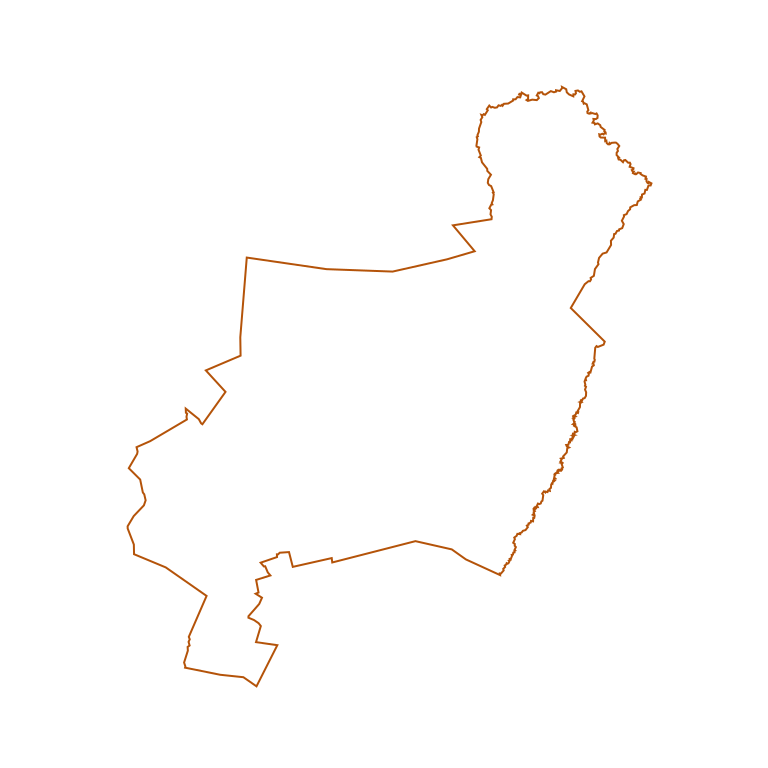 Chilanga, Lusaka, Zambia, rotated 96°
{"feature_id": "96606910B81629947645825", "entity_name": "Chilanga", "entity_type": "district", "adm_level": 2, "iso_a3": "ZMB", "parent_name": "Zambia", "parent_adm1": "Lusaka", "projection": "albers", "projection_center": [27.992, -15.452], "detail": "fine", "context": "isolated", "style": "outline", "palette": "amber", "viewbox_px": 768, "rotation_deg": 96, "n_neighbors": 0, "source": "geoboundaries", "source_scale": "gbopen_adm2", "svg_char_len": 6089}
<svg xmlns="http://www.w3.org/2000/svg" viewBox="0 0 768 768"><g transform="rotate(96 384 384)"><path d="M72.3,218.2L72.9,219.8L71.8,221.8L72.5,224.2L74.8,223.5L76.1,224.3L76.1,225.9L78.1,225.8L76.7,230.2L74.8,232.7L71.8,233.6L70.0,238.0L71.0,237.7L74.2,239.8L73.9,243.6L75.2,243.4L76.1,245.5L75.3,248.7L79.3,253.7L79.1,255.9L77.3,257.3L77.6,259.2L78.6,259.8L78.2,261.0L81.1,262.2L81.6,260.9L83.5,259.9L85.7,261.7L85.7,266.3L87.4,270.5L86.7,271.9L85.5,270.5L81.9,270.8L82.3,272.4L79.8,277.5L80.9,277.6L81.2,279.6L82.0,279.9L82.3,278.0L84.7,278.5L84.7,281.3L87.1,282.9L87.4,285.3L88.6,285.2L92.1,289.8L92.8,294.0L94.8,295.1L94.0,295.8L95.2,297.0L94.9,299.2L97.1,300.5L97.7,302.6L97.1,305.2L97.8,306.4L96.1,308.4L99.9,310.5L100.9,309.4L105.8,311.8L105.2,313.0L106.5,314.1L106.2,315.3L108.4,314.1L111.3,315.5L113.3,314.6L120.1,316.2L123.2,316.0L126.8,317.1L127.9,316.5L128.8,317.6L130.8,316.7L137.3,317.0L138.2,316.7L138.8,314.1L141.1,314.5L146.7,311.6L148.4,312.9L149.0,311.3L153.3,309.7L159.2,303.9L161.3,303.5L164.7,299.5L169.4,301.7L173.1,301.8L175.1,300.4L176.0,298.1L181.9,295.0L182.3,295.7L183.8,294.7L189.9,294.9L192.9,295.8L194.1,295.0L194.6,296.2L198.2,297.6L199.9,295.7L204.2,295.8L206.4,294.3L208.9,294.3L219.0,332.0L242.5,307.7L253.4,334.3L271.3,387.2L275.8,453.3L272.6,533.7L352.6,531.8L370.8,529.6L389.1,562.6L408.4,540.8L443.0,560.4L442.2,561.8L438.3,564.5L429.2,578.6L433.3,578.0L434.0,576.7L437.3,577.0L439.9,576.3L465.3,610.6L472.7,623.5L476.9,622.0L479.3,622.2L494.4,629.0L504.5,616.5L517.1,612.5L518.8,610.9L524.6,608.9L529.8,610.1L541.5,619.1L552.3,624.1L554.5,623.8L569.8,616.0L579.4,614.8L589.2,581.9L613.3,538.3L655.9,551.7L658.2,550.5L660.9,551.4L664.4,550.0L666.0,551.8L669.7,551.2L681.9,553.7L685.7,552.0L686.9,552.2L690.3,516.5L690.3,493.2L698.0,479.2L654.9,462.8L654.1,484.3L637.6,481.2L635.0,483.7L632.3,488.7L630.6,494.4L629.1,494.5L615.8,485.1L609.3,483.0L606.0,489.7L604.5,487.0L592.2,490.7L586.3,477.0L583.5,479.9L577.7,483.1L578.0,484.4L574.6,488.0L567.3,472.3L564.6,472.7L564.5,471.5L562.7,470.1L561.1,460.9L575.4,455.6L562.6,417.8L566.9,416.8L537.0,336.3L541.4,299.3L549.9,284.2L561.9,248.6L560.3,249.0L560.3,247.9L556.9,245.5L555.4,246.1L553.3,244.4L551.9,245.0L550.9,243.7L549.4,243.3L549.8,242.2L548.9,241.3L547.0,240.7L546.5,241.3L545.6,239.8L544.7,240.5L544.4,239.5L541.5,238.7L540.6,239.1L540.1,237.9L538.2,237.8L537.8,236.6L536.4,236.9L535.9,236.1L535.3,236.8L532.4,235.8L531.2,237.1L529.4,237.2L528.4,238.9L524.6,237.6L523.1,238.4L521.1,236.2L519.1,235.7L519.1,233.0L518.1,233.4L517.4,231.7L515.5,230.5L514.5,228.0L511.3,226.0L509.9,227.1L508.7,225.4L507.6,225.7L506.4,223.6L504.8,223.5L505.0,221.4L501.4,221.6L501.4,220.6L499.2,220.4L497.9,220.9L498.8,221.5L498.5,222.4L497.3,221.4L495.8,221.8L494.7,220.7L493.9,221.7L493.1,221.0L492.5,222.2L491.4,221.6L491.8,220.8L490.8,220.6L491.3,219.6L490.1,219.5L490.2,218.3L488.8,219.1L486.8,218.4L487.2,217.0L486.4,215.6L484.4,215.2L483.5,214.2L477.9,214.0L476.5,215.2L474.0,213.7L475.0,212.2L474.1,211.9L474.4,210.1L472.6,209.6L472.9,207.9L471.0,208.4L469.8,207.1L466.6,207.2L465.2,206.6L465.5,206.0L462.7,205.7L462.9,204.7L462.0,204.0L462.0,205.0L460.3,205.1L459.9,204.1L459.4,204.9L456.1,204.8L455.4,205.7L456.0,204.1L454.7,203.9L454.2,201.6L453.3,202.5L452.6,201.6L451.8,202.3L451.0,201.5L450.9,199.8L451.8,199.7L451.8,198.8L450.4,197.9L449.3,198.5L448.4,197.4L445.2,198.9L444.2,198.3L443.9,199.9L443.3,199.1L442.7,200.4L440.5,199.5L439.7,200.3L438.7,197.5L437.3,198.3L433.0,195.1L428.6,195.0L427.8,193.4L426.7,195.8L425.6,196.4L425.2,194.3L422.4,193.9L422.5,192.9L419.8,193.0L420.3,191.8L419.2,191.9L419.3,191.0L417.3,191.0L417.9,190.4L415.7,189.5L415.4,190.7L414.9,189.3L414.5,190.9L413.6,190.9L413.4,189.4L411.7,189.3L412.0,188.5L410.8,186.7L407.0,187.9L405.6,190.8L404.7,190.7L404.8,189.4L403.9,189.6L404.0,191.6L402.9,190.6L402.1,190.9L401.9,189.6L401.6,191.0L399.7,191.9L398.6,191.2L398.2,192.2L397.6,191.4L396.9,192.1L396.3,190.5L395.7,191.9L394.5,190.2L392.3,189.8L392.6,188.1L391.5,187.9L391.2,188.8L386.5,186.7L382.6,187.0L381.7,185.8L381.4,187.1L380.7,185.8L379.0,187.0L379.9,185.4L377.6,184.5L377.1,183.0L374.7,181.9L371.1,182.1L368.5,183.5L365.6,182.8L364.8,184.0L363.6,183.7L360.6,184.8L359.2,184.5L359.1,183.5L357.5,184.1L355.5,183.3L354.4,181.5L352.4,181.3L351.6,182.1L350.5,180.8L350.9,179.9L344.9,178.9L343.5,177.3L341.9,177.8L341.9,178.6L340.0,178.0L339.8,177.1L337.9,176.9L336.8,177.5L325.9,177.7L324.1,176.6L324.8,175.2L321.9,169.7L318.8,168.9L288.9,206.2L263.8,194.8L260.4,191.4L260.3,189.9L258.4,189.0L256.9,189.6L254.5,186.6L247.6,186.2L242.4,183.2L240.9,183.9L236.1,183.3L231.5,180.2L229.9,176.4L222.0,172.7L217.8,173.3L214.4,170.9L210.8,170.8L210.4,169.5L207.5,168.3L206.8,166.3L205.6,166.3L204.1,163.4L199.9,162.3L196.8,164.5L192.4,162.8L191.0,163.1L189.7,160.5L186.5,159.4L184.5,157.5L182.6,157.6L180.0,153.9L179.6,151.3L175.9,150.7L173.8,147.8L172.9,148.5L171.9,147.3L171.3,148.1L170.7,147.1L168.6,147.2L167.3,144.8L163.6,144.4L163.5,142.8L158.9,141.7L158.7,139.6L156.5,139.0L155.4,141.7L156.5,141.8L156.5,142.9L155.0,144.1L153.0,144.3L152.7,145.2L152.1,144.6L151.4,145.4L150.3,145.2L149.5,148.6L148.3,150.8L147.4,150.8L147.1,153.5L148.8,154.9L148.4,155.8L149.1,156.2L148.3,158.4L146.8,157.8L146.9,158.8L145.3,159.9L144.4,158.5L143.3,158.4L142.3,162.4L139.5,161.8L138.2,162.6L138.4,164.3L136.0,167.4L136.4,168.7L138.4,169.5L136.2,172.4L136.2,174.1L134.7,174.8L134.2,174.0L132.0,176.6L129.7,176.8L127.8,175.7L125.9,176.5L122.7,174.9L120.8,176.8L119.7,178.5L119.8,179.9L120.4,182.9L121.5,184.0L120.8,184.9L122.1,185.1L122.2,186.2L121.1,187.7L118.7,188.3L119.3,189.4L115.9,189.9L116.2,194.2L115.3,195.5L113.2,196.0L113.4,194.9L112.3,193.0L112.8,191.7L111.5,190.9L111.7,189.7L110.6,189.9L109.5,191.4L108.3,191.1L105.7,195.4L104.0,196.0L102.5,198.7L103.7,201.4L102.5,201.9L102.3,203.9L100.2,202.9L98.5,203.4L98.4,201.0L97.1,199.5L94.5,199.6L92.7,200.9L93.4,202.0L92.8,205.2L93.4,207.0L92.7,207.1L93.7,208.4L93.3,209.9L91.8,210.3L90.3,209.4L84.7,211.6L83.8,214.0L84.3,214.7L82.2,215.6L82.0,216.5L77.0,214.7L72.3,218.2Z" fill="none" stroke="#b45309" stroke-width="2"/></g></svg>